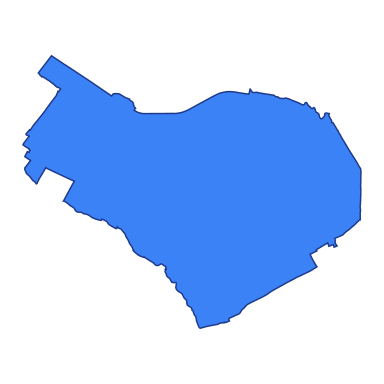 outline of Dimacheni, Botosani, Romania
{"feature_id": "2599482B21601290195864", "entity_name": "Dimacheni", "entity_type": "district", "adm_level": 2, "iso_a3": "ROU", "parent_name": "Romania", "parent_adm1": "Botosani", "projection": "albers", "projection_center": [26.55, 47.903], "detail": "fine", "context": "isolated", "style": "filled", "palette": "blue", "viewbox_px": 384, "rotation_deg": 0, "n_neighbors": 0, "source": "geoboundaries", "source_scale": "gbopen_adm2", "svg_char_len": 5911}
<svg xmlns="http://www.w3.org/2000/svg" viewBox="0 0 384 384"><path d="M310.6,270.8L317.0,266.8L315.7,264.9L312.5,259.4L310.1,254.3L316.9,250.9L316.2,249.8L327.7,242.9L328.9,246.3L333.3,244.6L334.1,247.2L337.1,245.9L336.0,244.5L335.6,243.8L335.3,242.9L335.1,242.0L335.2,240.3L334.9,238.3L342.4,235.2L346.1,231.7L348.9,229.7L354.3,225.0L359.7,219.8L360.1,219.5L360.3,219.6L360.3,219.4L360.2,217.4L360.2,214.0L360.2,212.9L360.4,211.9L360.5,210.2L360.3,208.3L360.2,207.2L360.1,206.4L360.3,204.9L360.6,200.1L360.6,198.2L360.8,194.3L360.7,191.5L360.9,190.0L360.8,188.5L360.6,185.7L360.8,181.1L360.8,177.1L361.0,171.5L360.6,168.9L360.4,168.3L359.9,167.7L358.7,165.8L357.5,163.5L357.1,162.8L356.5,161.8L348.6,149.3L345.0,143.1L342.6,139.3L341.0,136.4L340.3,135.0L338.6,132.3L338.0,130.6L337.9,130.5L337.5,130.3L337.2,129.8L335.9,127.5L334.9,125.9L333.2,122.9L332.8,122.6L331.6,122.5L331.6,121.4L331.6,120.9L331.5,120.5L328.9,115.9L328.9,115.6L328.9,114.9L329.3,113.6L326.2,113.0L325.7,113.1L325.2,113.3L324.9,113.5L324.8,114.0L324.6,115.7L324.0,116.5L323.3,117.4L322.4,118.4L321.8,118.8L321.2,118.8L320.7,118.6L319.8,117.6L319.5,117.0L319.3,116.2L319.1,114.8L318.8,114.2L318.6,113.7L317.3,112.7L316.9,112.6L316.5,112.4L315.7,111.6L315.6,111.2L315.4,109.9L315.1,109.1L314.9,108.8L314.7,108.1L314.4,107.9L313.7,107.6L313.4,107.8L312.8,108.3L312.3,108.4L311.7,108.3L311.1,108.0L310.7,107.7L310.1,106.8L309.7,106.4L309.2,106.3L308.3,105.3L307.6,104.3L306.7,102.7L306.3,102.5L305.5,102.7L305.1,103.0L304.8,103.4L304.6,104.1L304.3,104.4L303.7,104.7L303.0,104.9L302.5,104.8L299.8,103.5L299.1,103.0L297.9,102.6L293.2,100.7L291.0,99.9L290.0,99.3L289.5,99.3L288.5,98.7L287.5,98.5L286.6,98.2L286.0,98.1L285.2,98.1L283.4,98.6L282.6,98.5L281.3,98.3L280.9,98.4L280.3,98.3L279.8,98.2L279.0,97.7L277.6,96.8L276.5,96.9L275.6,96.5L274.9,96.1L274.3,95.5L273.7,95.1L272.6,95.0L271.7,95.0L270.4,94.6L269.4,94.5L267.5,94.2L265.8,94.1L263.9,93.6L263.1,93.6L261.4,93.2L258.9,92.9L258.4,92.9L258.1,92.8L257.8,92.5L257.6,92.4L256.5,92.3L255.0,92.4L253.8,92.7L252.7,92.3L252.2,91.9L251.5,91.1L251.1,90.4L250.4,89.3L250.1,89.1L248.9,94.2L237.9,92.6L236.3,92.2L230.7,91.6L226.6,91.7L221.6,92.7L219.8,93.2L217.8,94.0L213.2,96.3L188.0,110.0L185.0,111.3L182.6,112.2L179.8,112.9L176.5,113.4L175.1,113.5L171.0,113.4L168.8,113.5L146.5,113.6L143.0,113.6L140.2,113.1L138.4,112.5L136.6,111.8L134.1,110.2L134.8,109.1L135.6,108.4L134.7,107.2L134.4,107.0L133.7,105.5L133.5,104.0L133.2,103.1L132.8,102.3L132.2,101.7L131.5,101.3L130.6,100.6L129.9,100.2L129.6,99.9L129.5,99.6L129.5,99.0L128.7,98.9L127.6,98.4L125.9,97.8L124.1,96.8L120.3,94.5L119.2,93.9L117.1,93.6L116.3,93.6L114.2,93.7L113.5,93.8L112.8,94.3L111.7,96.0L105.3,91.7L101.8,89.3L89.2,80.7L66.8,65.9L63.9,64.1L51.5,55.8L41.2,69.2L38.3,73.0L39.4,74.1L40.0,75.1L41.4,76.4L41.8,76.9L42.3,76.5L49.6,81.1L53.6,84.2L54.5,84.7L54.7,84.9L54.7,85.2L56.1,86.5L56.8,87.0L59.0,87.8L59.6,88.1L60.6,88.9L58.6,91.7L58.0,91.3L56.4,95.4L55.4,96.8L49.5,104.5L45.1,110.7L42.3,114.4L36.1,122.1L33.6,125.1L32.3,127.0L31.3,128.6L30.0,130.4L29.5,129.8L26.0,134.0L26.1,134.3L26.3,134.8L26.5,135.0L27.4,135.4L28.3,135.6L28.8,135.9L29.1,136.2L23.7,143.3L23.0,144.8L24.7,146.1L26.6,147.4L28.9,148.6L29.2,148.9L29.2,149.1L29.2,149.4L29.1,149.7L30.0,150.3L28.9,152.5L27.3,151.6L24.8,156.6L27.1,158.2L30.5,160.5L25.8,166.8L25.2,167.4L24.8,168.0L24.8,169.1L25.2,170.5L25.4,171.1L26.5,173.5L27.4,174.4L28.1,174.9L29.6,176.3L30.3,177.2L31.4,178.7L32.8,180.4L34.9,181.9L36.0,183.5L36.2,183.8L36.4,183.9L36.6,183.8L37.0,183.5L37.3,182.7L38.1,181.1L39.2,178.8L43.1,172.3L45.9,167.6L46.3,168.1L47.1,168.5L54.4,172.0L59.4,174.3L71.8,180.1L74.3,181.1L70.9,187.3L63.5,201.0L63.9,200.9L64.4,201.2L68.1,203.7L69.2,204.8L70.6,205.9L71.6,206.5L72.5,206.9L73.3,207.5L74.5,208.6L75.3,210.4L75.7,210.9L77.3,212.0L79.1,212.2L80.4,212.2L81.1,212.2L81.8,212.5L82.9,213.3L84.4,214.0L85.1,213.9L86.6,214.2L89.4,215.6L92.4,217.8L94.1,218.4L95.6,219.1L97.7,219.6L100.6,220.4L101.2,220.3L101.5,220.1L101.9,219.2L102.7,219.3L103.4,219.8L106.0,221.0L106.9,221.7L108.5,224.0L109.4,224.8L111.6,226.2L114.5,227.8L115.3,228.3L115.9,228.6L116.3,228.6L116.7,228.5L116.9,228.1L117.2,226.9L117.7,227.6L118.4,228.0L120.6,228.9L121.3,229.4L122.7,231.2L124.7,233.5L125.0,233.9L125.1,234.3L125.6,235.4L126.0,236.7L127.7,239.3L128.4,240.7L129.8,243.9L131.8,246.5L132.7,248.6L133.1,249.4L133.6,250.1L133.2,250.6L134.1,251.5L136.1,253.3L136.8,253.7L137.7,254.7L138.2,255.1L138.7,255.0L139.3,255.2L139.8,255.9L142.6,257.0L143.4,257.2L143.8,257.2L144.0,256.8L144.3,256.9L144.8,257.6L145.2,257.9L146.2,258.3L148.4,259.8L152.8,262.5L154.2,263.6L155.1,264.7L156.2,265.4L157.3,265.5L158.5,265.4L160.4,264.2L161.1,263.9L161.8,264.0L162.6,264.5L163.3,265.2L164.3,265.8L165.1,266.1L165.7,266.8L166.0,267.3L165.8,268.3L165.4,268.8L165.2,269.3L165.4,269.4L166.0,269.2L166.2,269.3L165.8,269.9L165.1,271.1L165.1,271.7L166.2,274.1L166.6,275.5L167.2,276.6L169.9,278.8L170.7,280.5L171.7,282.2L172.8,282.5L174.1,282.7L175.2,282.4L175.9,282.5L176.4,283.2L176.0,286.3L175.8,287.5L176.2,288.9L177.2,290.3L178.4,291.5L181.2,293.0L182.1,293.9L184.0,297.7L184.6,298.5L186.2,300.0L186.7,301.1L186.8,302.1L186.7,303.1L187.0,303.8L187.1,304.8L187.6,305.4L190.7,307.3L191.6,308.2L191.9,309.5L192.0,309.8L192.1,310.4L193.0,311.0L193.4,311.7L193.4,312.3L193.7,313.1L193.9,313.8L194.5,315.1L195.2,315.9L195.7,316.6L196.1,318.0L196.5,320.8L197.1,322.4L198.6,326.4L199.6,327.9L200.2,328.2L202.9,327.5L206.5,326.5L212.4,325.3L217.9,324.3L219.0,323.6L219.6,323.3L221.6,323.0L224.2,322.3L224.2,322.8L226.9,322.1L229.4,321.0L229.3,320.4L228.7,319.2L228.8,318.8L229.0,318.5L229.4,318.2L238.5,314.1L239.4,313.6L240.2,312.7L241.6,310.3L242.4,309.4L244.1,308.0L245.8,306.0L247.3,304.5L250.9,302.6L263.0,296.7L268.1,293.7L270.3,292.0L271.4,291.4L272.2,290.8L288.9,281.5L289.9,281.1L291.1,280.4L293.9,279.0L297.3,277.0L297.9,276.8L299.6,276.1L310.6,270.8Z" fill="#3b82f6" stroke="#1e3a8a" stroke-width="1.5"/></svg>